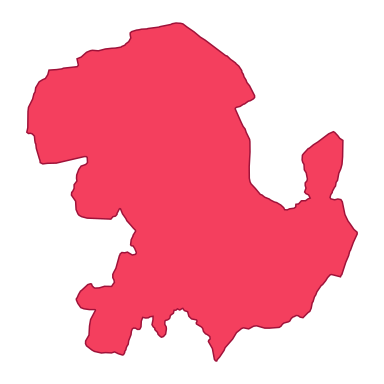 the district of Jutiapa, Jutiapa, Guatemala
{"feature_id": "79465075B37757283668569", "entity_name": "Jutiapa", "entity_type": "district", "adm_level": 2, "iso_a3": "GTM", "parent_name": "Guatemala", "parent_adm1": "Jutiapa", "projection": "albers", "projection_center": [-89.932, 14.311], "detail": "fine", "context": "isolated", "style": "filled", "palette": "rose", "viewbox_px": 384, "rotation_deg": 0, "n_neighbors": 0, "source": "geoboundaries", "source_scale": "gbopen_adm2", "svg_char_len": 4782}
<svg xmlns="http://www.w3.org/2000/svg" viewBox="0 0 384 384"><path d="M342.9,140.4L339.7,138.3L337.8,135.7L334.7,132.4L333.4,131.7L328.7,133.8L317.7,142.1L313.4,144.8L309.2,148.3L308.3,148.5L303.6,153.6L302.4,155.2L302.1,160.0L302.8,162.4L304.0,164.4L304.3,169.8L306.2,172.8L307.4,179.0L306.9,180.9L305.2,182.9L305.2,185.6L306.0,188.1L304.6,192.0L305.9,193.6L308.6,194.9L310.2,198.1L308.0,198.9L305.6,200.7L301.4,200.8L298.6,203.9L295.9,204.3L295.7,207.0L294.1,208.2L289.6,208.8L287.2,209.9L284.6,209.7L283.7,207.7L280.9,205.1L276.7,202.6L274.4,202.0L270.3,199.9L269.4,199.1L264.7,197.2L262.0,195.0L260.3,194.4L255.3,188.4L251.0,183.8L250.0,181.7L249.3,178.2L249.2,166.7L250.0,152.0L249.9,141.7L249.6,139.4L246.2,132.4L245.1,129.0L243.1,126.4L241.3,122.7L235.2,108.9L235.4,108.1L236.4,107.3L240.1,106.4L243.6,104.1L244.5,104.0L248.3,101.2L250.3,100.7L253.4,98.9L254.6,97.5L254.6,95.7L249.5,85.7L246.9,82.5L246.0,80.0L244.0,76.8L243.3,74.3L242.0,72.3L241.7,70.5L238.8,66.1L235.9,63.6L235.6,63.0L230.5,59.3L227.1,56.0L225.7,55.7L205.1,40.1L200.3,37.1L194.1,31.9L187.1,27.1L182.9,23.9L180.6,23.3L178.5,23.2L176.1,23.0L172.3,23.7L170.7,24.5L160.1,26.6L158.9,27.1L148.0,28.5L146.9,28.9L141.5,29.2L138.8,29.8L136.5,30.1L133.0,31.2L131.7,31.6L130.2,32.9L130.2,34.7L130.8,38.0L128.7,41.7L125.9,43.8L124.8,45.2L121.7,46.5L121.0,47.1L115.4,48.1L111.5,48.3L105.3,49.0L98.4,50.8L92.4,50.3L90.3,50.7L86.5,52.3L83.7,54.8L81.3,57.0L77.0,58.8L78.4,65.3L77.1,66.7L63.4,68.2L61.8,68.9L56.5,69.6L49.0,70.1L47.8,74.7L46.9,76.1L45.4,78.5L42.6,79.7L39.2,81.8L35.7,87.7L35.1,91.9L33.9,93.9L32.6,99.1L28.5,107.3L28.0,111.5L27.8,127.7L26.8,132.2L28.4,133.5L30.5,133.3L32.3,133.9L34.4,136.1L34.8,140.3L35.2,142.9L35.8,143.9L36.3,148.4L39.2,158.2L39.7,159.7L40.0,160.6L40.1,161.5L40.2,162.6L42.8,163.9L47.6,163.3L56.3,163.1L84.2,156.6L86.3,156.6L87.2,157.4L87.5,162.6L85.7,164.5L81.1,166.1L78.8,169.4L76.7,175.0L76.5,178.3L76.9,181.0L74.1,184.7L74.1,188.4L72.8,191.1L71.7,192.4L71.4,195.1L75.6,201.2L76.1,209.6L78.0,214.0L79.1,215.3L81.7,216.7L87.1,218.1L110.9,219.1L112.9,216.7L115.5,216.1L117.0,214.4L117.0,213.5L119.3,209.0L119.9,208.6L120.5,208.8L122.5,213.8L125.8,218.5L126.9,220.8L131.2,225.6L133.4,228.2L134.7,229.5L135.4,230.2L135.6,231.2L133.1,235.2L132.9,236.3L131.2,239.7L130.6,244.8L131.3,245.7L133.1,246.0L134.6,248.3L136.2,252.1L136.3,253.0L135.5,254.3L132.3,255.0L128.7,252.9L127.5,252.1L124.6,252.8L121.9,252.5L120.1,254.0L119.9,255.0L119.4,255.7L115.9,268.3L113.8,272.2L112.8,274.4L112.8,277.7L114.0,280.1L114.4,282.5L113.8,283.1L111.6,286.4L110.4,286.4L104.5,286.3L99.2,287.9L95.0,288.1L93.9,287.6L92.2,285.9L91.5,284.0L90.4,283.8L87.8,284.6L81.3,290.6L80.5,291.1L78.6,294.4L77.2,297.7L76.4,298.6L76.3,299.8L77.9,303.5L80.8,307.6L83.9,308.8L89.5,309.6L94.6,309.6L95.3,309.8L95.4,310.5L95.1,311.1L94.6,311.9L90.6,319.5L89.5,326.0L89.0,335.1L85.6,341.0L85.6,342.1L85.5,343.6L86.5,345.8L91.9,350.0L94.4,351.4L101.4,353.0L105.5,352.6L111.5,352.9L114.6,351.9L118.3,353.7L122.4,355.0L123.5,354.7L124.7,352.6L124.6,351.7L125.9,349.7L126.2,347.9L126.9,346.3L128.2,344.3L128.7,340.7L131.0,334.7L131.4,331.3L132.3,328.9L133.5,328.1L135.6,328.2L137.4,329.4L139.2,329.4L140.0,328.9L141.0,326.8L141.3,321.1L142.7,317.4L145.7,318.0L148.4,317.8L149.9,316.8L153.0,316.3L153.0,319.7L152.0,324.7L153.3,326.9L154.8,328.2L154.9,329.7L157.5,332.4L158.1,334.4L160.5,336.7L161.6,337.2L163.5,336.5L165.6,334.1L166.4,329.0L166.2,326.9L164.8,324.4L164.9,321.1L165.8,320.3L167.5,319.9L169.1,318.9L169.8,318.0L170.4,315.4L173.4,313.2L174.1,310.2L175.9,310.2L177.4,308.9L179.8,310.0L182.3,308.4L182.9,308.4L183.1,308.9L184.4,310.6L187.6,311.7L188.9,316.3L191.5,318.9L196.5,319.9L196.9,320.6L197.0,321.2L196.8,321.9L196.2,322.9L196.5,324.0L201.5,327.0L202.7,328.4L203.5,331.5L205.5,333.8L207.3,334.6L209.8,336.5L210.2,338.9L208.7,340.3L208.4,341.5L212.4,348.6L214.4,359.4L215.5,360.8L216.7,361.0L217.3,359.6L219.7,356.9L224.0,350.5L225.1,347.7L232.6,339.1L236.5,332.6L241.6,328.5L243.5,327.8L248.7,328.9L253.6,326.2L256.6,325.8L264.7,328.1L269.7,328.1L279.2,327.4L281.0,326.2L282.4,324.2L284.0,323.0L288.5,321.8L289.8,321.0L291.2,318.5L292.8,317.1L294.6,316.4L296.1,315.5L298.2,315.7L300.1,317.1L303.0,317.7L308.0,312.6L309.8,311.4L311.2,308.2L312.3,302.4L313.0,301.8L314.4,297.0L315.8,294.8L316.9,291.8L321.3,285.4L322.5,284.7L325.7,280.7L327.5,277.7L330.2,274.8L331.6,274.5L340.5,276.8L341.0,275.4L341.8,274.6L345.8,262.2L348.6,255.7L349.7,251.3L350.4,250.4L353.4,242.2L357.2,234.0L357.1,232.2L353.9,229.4L350.4,224.3L348.0,221.0L344.9,214.5L342.3,201.8L340.9,199.6L337.8,199.0L334.7,199.8L330.9,198.9L330.0,197.5L330.8,194.6L332.2,192.6L332.3,191.5L334.4,187.5L335.5,186.1L336.1,182.3L337.5,180.4L338.8,173.3L340.8,168.7L342.0,164.3L342.6,156.8L342.9,140.4Z" fill="#f43f5e" stroke="#9f1239" stroke-width="1.5"/></svg>